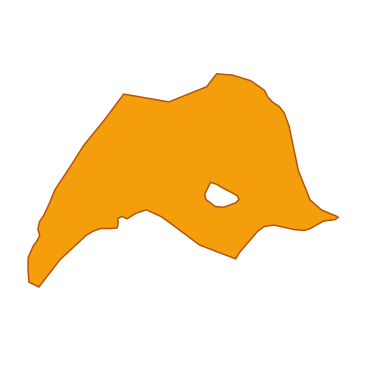 outline of Şəki, rotated 101°
{"feature_id": "AZE-1727", "entity_name": "Şəki", "entity_type": "District", "adm_level": 1, "iso_a3": "AZE", "parent_name": "Azerbaijan", "parent_adm1": "", "projection": "natural_earth1", "projection_center": [47.21, 41.124], "detail": "fine", "context": "isolated", "style": "filled", "palette": "amber", "viewbox_px": 384, "rotation_deg": 101, "n_neighbors": 0, "source": "natural_earth", "source_scale": "10m", "svg_char_len": 1062}
<svg xmlns="http://www.w3.org/2000/svg" viewBox="0 0 384 384"><g transform="rotate(101 192 192)"><path d="M189.0,43.7L191.5,46.1L193.0,49.7L194.1,53.6L195.8,57.7L205.7,69.5L208.2,74.3L209.4,84.1L208.8,105.2L212.0,114.4L217.6,119.8L242.0,133.7L249.3,136.3L246.5,152.7L242.6,174.4L235.9,188.3L229.1,202.3L222.1,217.3L218.2,233.6L223.6,243.0L230.7,250.6L229.4,256.2L232.4,259.9L237.0,258.4L241.6,258.7L243.6,266.0L245.2,274.6L249.5,281.8L254.9,287.7L283.5,308.6L314.5,324.2L311.6,334.8L300.3,338.0L287.6,340.3L275.4,337.6L269.7,334.9L264.0,333.2L260.8,334.6L258.3,336.1L250.4,336.1L242.4,332.7L229.2,329.6L215.8,326.9L191.4,316.8L166.9,307.2L138.1,291.8L108.9,277.7L108.0,231.9L85.8,197.7L71.3,190.4L69.5,174.7L71.6,155.4L78.4,140.3L84.2,135.9L88.4,130.1L91.4,122.8L96.8,116.6L109.2,109.1L122.2,103.7L150.9,91.6L177.3,74.5L184.8,61.7L188.2,45.5L189.0,43.7ZM192.1,179.1L196.7,176.9L201.9,166.2L200.9,158.0L194.4,147.2L190.5,144.4L186.9,147.1L184.8,153.6L182.6,161.2L179.7,169.5L179.0,175.7L192.1,179.1Z" fill="#f59e0b" stroke="#b45309" stroke-width="1.5"/></g></svg>